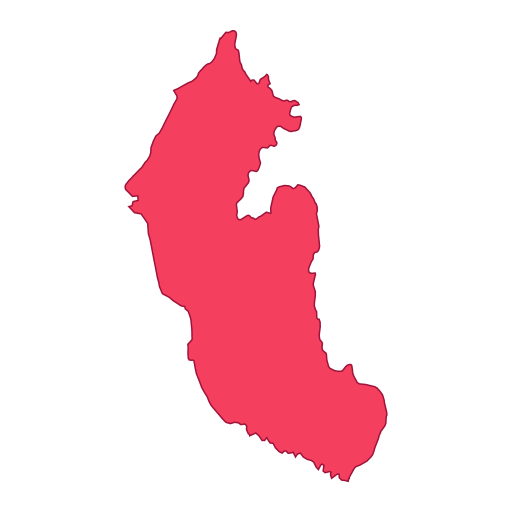 Mandiana, Mandiana, Guinea
{"feature_id": "49546643B67473886511689", "entity_name": "Mandiana", "entity_type": "district", "adm_level": 2, "iso_a3": "GIN", "parent_name": "Guinea", "parent_adm1": "Mandiana", "projection": "equal_earth", "projection_center": [-8.547, 10.818], "detail": "fine", "context": "isolated", "style": "filled", "palette": "rose", "viewbox_px": 512, "rotation_deg": 0, "n_neighbors": 0, "source": "geoboundaries", "source_scale": "gbopen_adm2", "svg_char_len": 5937}
<svg xmlns="http://www.w3.org/2000/svg" viewBox="0 0 512 512"><path d="M348.2,481.3L348.4,480.0L348.5,479.1L349.3,478.6L349.2,477.5L350.6,474.9L354.3,468.3L355.8,466.7L359.9,465.1L366.9,461.1L371.1,456.8L372.3,455.1L372.7,454.5L373.8,451.5L374.9,447.6L378.5,438.3L379.0,436.0L380.1,433.1L380.5,433.0L380.6,431.7L383.6,427.6L384.8,425.9L385.8,423.4L386.2,416.9L386.9,414.8L386.7,413.1L386.6,411.9L384.4,402.6L384.1,400.0L382.5,394.8L380.1,391.5L377.0,388.0L374.7,386.7L365.6,384.5L359.5,383.9L358.8,383.5L357.3,382.6L353.8,376.2L352.7,373.0L352.5,370.6L352.3,368.8L351.7,365.4L351.4,364.9L349.9,364.4L347.3,365.2L345.7,366.6L343.2,369.8L342.7,370.4L342.5,370.7L340.6,371.3L337.3,371.2L334.7,370.7L329.9,368.3L328.6,366.5L326.8,359.9L326.4,354.2L325.9,353.0L325.6,352.8L323.4,351.1L322.4,349.8L322.0,347.5L322.4,343.2L321.6,341.7L320.0,339.9L319.4,337.7L319.3,336.0L319.2,334.9L320.2,326.9L320.1,322.2L319.1,319.2L318.4,319.2L317.7,319.1L316.8,317.8L316.6,311.6L315.6,310.0L314.3,305.9L314.4,302.7L315.3,295.7L315.3,291.4L313.5,286.1L313.2,283.9L315.5,274.3L315.1,273.0L311.9,273.4L309.4,272.7L308.7,271.3L308.6,268.8L308.9,268.0L309.1,267.2L311.2,262.0L313.1,258.8L313.3,254.8L314.6,252.6L317.4,251.8L318.3,250.7L318.6,250.0L319.0,249.1L319.6,246.2L318.4,234.3L318.3,229.6L318.9,226.2L317.1,217.2L316.4,213.6L317.3,210.8L317.2,207.1L316.0,203.6L315.5,203.5L313.4,198.5L311.9,196.5L311.0,194.4L309.8,192.5L304.8,187.0L300.1,185.2L297.8,184.8L296.2,186.8L294.9,187.9L294.3,188.3L293.0,188.6L291.8,187.6L290.9,186.8L288.9,185.9L284.7,185.5L279.2,186.8L277.3,187.8L276.7,189.7L276.5,190.3L273.3,196.6L273.1,197.1L270.9,207.1L270.7,209.6L270.8,210.7L271.0,212.9L270.6,213.4L266.3,212.2L260.6,216.3L259.1,216.8L258.6,217.2L257.1,218.5L255.2,219.4L253.6,218.2L251.7,217.8L250.9,217.3L250.7,217.1L249.5,215.7L248.8,215.4L248.6,215.3L247.3,215.5L240.7,219.7L238.5,219.5L237.4,218.0L236.8,216.1L236.7,214.8L237.3,211.8L236.4,205.0L236.6,203.6L236.7,203.4L237.0,202.6L240.9,199.0L242.9,196.5L243.5,192.9L243.4,191.3L243.5,191.0L244.0,188.2L248.1,183.2L249.0,181.2L249.0,180.0L248.1,175.8L248.1,174.4L248.2,173.9L248.6,172.7L249.7,171.4L250.9,170.6L252.7,170.6L256.2,171.5L257.1,171.1L257.9,170.1L258.0,170.0L259.2,167.3L260.5,163.1L259.9,160.8L259.2,158.5L258.7,154.6L259.0,152.6L259.2,151.6L260.1,149.4L261.7,147.8L262.9,147.4L267.6,147.9L270.1,145.4L271.2,145.3L274.2,146.3L275.2,145.8L276.5,144.7L276.6,144.2L276.8,143.5L276.8,142.4L275.4,140.3L275.0,137.4L274.0,135.0L273.9,134.5L273.8,133.4L274.1,132.0L274.2,131.3L275.1,129.4L276.8,127.0L277.9,126.3L280.4,126.2L283.9,128.6L284.6,128.9L289.6,131.3L291.6,131.5L292.8,131.0L295.4,130.8L297.7,129.9L298.8,128.9L299.5,127.3L299.9,126.3L300.9,121.1L301.4,118.5L301.3,117.4L300.4,116.4L299.4,116.5L293.8,117.2L290.4,115.6L289.9,114.9L289.8,114.7L289.7,113.4L289.8,112.7L290.9,108.5L291.9,106.6L294.6,105.3L297.4,105.3L299.1,104.6L297.9,102.5L294.8,100.5L292.3,100.9L291.7,101.6L289.3,101.6L287.9,100.5L286.5,100.1L284.3,101.0L282.6,100.7L278.5,98.5L278.1,98.4L275.5,97.6L273.3,95.9L271.9,90.5L270.2,88.5L268.6,87.4L268.2,87.1L267.8,85.9L268.2,84.8L270.1,83.8L269.4,82.0L268.5,79.3L268.4,76.5L267.4,74.8L266.7,74.4L264.6,76.7L260.3,79.4L259.4,82.0L259.0,83.1L258.1,83.7L257.0,83.7L254.1,80.1L252.7,80.0L251.1,80.5L250.7,81.2L249.1,78.9L246.7,75.4L246.3,74.9L246.0,74.4L244.7,71.7L243.5,70.6L242.2,68.4L241.4,64.7L239.9,61.9L238.9,52.8L238.7,51.9L238.3,50.3L235.7,48.8L235.1,47.2L234.7,44.1L236.3,36.0L236.4,33.9L235.9,32.1L234.5,30.9L232.4,30.7L228.8,32.5L225.9,32.3L220.5,38.8L220.1,38.3L219.3,40.2L218.9,42.2L218.2,44.0L217.6,46.3L216.9,48.5L216.5,50.8L216.6,53.0L216.1,54.5L215.2,56.4L214.6,58.1L213.5,59.7L212.0,61.7L210.6,62.9L209.6,63.6L207.9,63.9L206.1,65.0L204.9,66.1L203.1,67.8L202.2,69.2L201.0,70.1L200.0,71.3L198.5,73.2L197.8,75.7L195.9,78.1L194.0,79.7L192.2,81.2L189.8,82.2L187.3,83.3L185.6,84.3L183.6,85.4L180.8,87.0L178.0,88.6L175.8,89.5L173.7,90.5L177.0,96.1L177.0,96.9L177.1,98.5L175.9,100.7L173.9,104.2L171.4,109.5L168.9,114.6L165.7,120.8L162.2,128.0L160.1,131.7L159.2,133.2L155.8,136.1L153.5,140.8L151.0,147.6L150.8,152.3L149.8,156.0L148.3,158.5L147.6,159.7L147.1,160.4L146.7,160.8L146.5,161.0L145.0,162.5L144.4,163.5L143.1,165.4L141.9,167.4L140.3,168.8L138.3,170.9L136.8,172.4L135.1,174.2L133.0,176.2L131.8,177.7L130.7,178.8L129.2,180.2L128.3,181.3L127.2,182.8L126.1,184.1L125.5,185.2L125.2,186.3L125.1,186.9L125.4,188.3L125.6,189.4L128.9,192.7L132.4,196.4L137.7,195.8L138.2,200.4L133.1,201.6L132.0,205.8L128.8,206.6L134.5,212.7L141.1,213.9L144.8,219.1L147.7,223.5L148.4,233.7L150.2,240.0L151.6,247.2L154.2,260.9L156.1,270.5L157.5,277.9L158.9,282.9L159.5,286.6L160.6,289.3L162.3,293.5L163.5,294.3L169.1,297.2L172.9,300.5L177.4,303.4L181.0,305.8L184.9,306.6L185.2,308.8L188.1,311.2L189.6,315.0L190.9,319.4L191.5,325.6L191.9,329.9L192.0,333.8L192.0,336.6L192.2,339.2L190.7,341.2L187.8,344.3L188.0,345.5L188.1,346.8L188.1,347.8L188.2,348.3L188.1,348.7L188.1,350.1L188.0,350.7L188.0,352.4L187.9,353.1L188.1,354.4L188.0,355.3L188.3,356.8L188.2,357.3L188.3,358.5L188.9,359.3L189.0,359.8L190.1,360.0L190.8,360.3L192.1,360.1L193.0,360.2L193.9,360.5L195.3,368.5L196.4,373.6L197.9,377.3L199.8,382.2L201.8,387.6L204.7,392.8L207.2,396.7L209.0,401.3L210.9,405.0L213.3,408.0L219.5,415.2L222.5,418.8L225.9,422.3L230.3,423.6L234.7,422.3L238.3,422.8L240.9,424.6L244.8,424.0L246.7,425.8L246.5,429.7L248.3,433.7L249.6,434.7L249.7,435.8L255.8,433.0L258.9,435.7L262.0,440.4L264.6,440.5L266.7,437.7L269.0,441.4L270.2,443.0L273.1,443.3L275.4,447.8L279.2,451.7L282.1,453.1L284.4,451.0L286.2,451.1L288.1,453.3L291.8,452.8L293.1,452.1L295.5,457.0L297.4,454.1L300.3,453.1L303.4,457.1L307.2,459.3L311.4,460.5L313.8,462.2L316.1,467.0L318.4,469.6L320.6,465.3L322.0,464.1L323.9,465.3L323.6,467.7L323.1,471.0L325.1,472.7L329.4,471.6L331.0,472.2L330.5,474.6L331.6,478.3L336.3,474.8L337.5,474.0L339.2,474.4L339.2,477.6L341.6,480.1L344.6,480.4L348.2,481.3Z" fill="#f43f5e" stroke="#9f1239" stroke-width="1.5"/></svg>